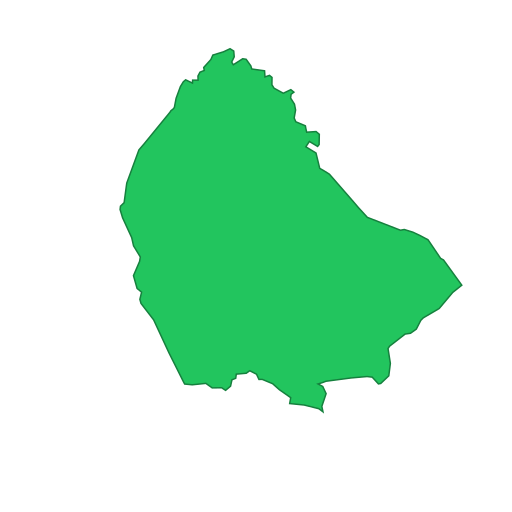 the district of Morovis, Puerto Rico, rotated 138°
{"feature_id": "32010507B35991649080507", "entity_name": "Morovis", "entity_type": "district", "adm_level": 2, "iso_a3": "PRI", "parent_name": "Puerto Rico", "parent_adm1": "", "projection": "mercator", "projection_center": [-66.426, 18.317], "detail": "fine", "context": "isolated", "style": "filled", "palette": "green", "viewbox_px": 512, "rotation_deg": 138, "n_neighbors": 0, "source": "geoboundaries", "source_scale": "gbopen_adm2", "svg_char_len": 1749}
<svg xmlns="http://www.w3.org/2000/svg" viewBox="0 0 512 512"><g transform="rotate(138 256 256)"><path d="M143.5,429.5L153.6,434.2L158.1,432.2L168.7,431.1L170.3,428.5L174.6,430.1L178.7,428.6L181.4,425.4L185.4,429.1L187.5,427.0L190.4,434.0L193.4,434.1L198.8,432.5L209.8,426.7L217.3,421.0L219.3,420.7L222.0,420.9L223.8,420.4L264.2,414.2L272.0,413.2L303.2,396.7L305.0,395.2L318.3,383.9L323.4,383.7L325.9,381.5L329.6,373.6L336.1,352.8L340.2,345.5L342.6,332.7L346.1,329.9L360.2,323.4L366.1,311.4L365.2,305.7L371.3,301.5L373.2,297.7L374.8,277.0L385.5,242.2L390.2,225.1L393.8,212.1L394.7,208.6L389.6,203.0L378.5,194.9L376.8,187.3L369.7,181.1L368.5,176.5L362.0,176.3L356.7,180.1L352.9,178.7L349.7,181.4L341.7,175.4L337.4,174.9L334.7,167.8L336.4,162.3L333.9,160.1L329.1,150.0L328.1,141.0L325.0,127.5L329.7,123.8L319.9,113.0L311.5,100.5L310.5,95.4L307.7,100.2L296.0,106.8L293.7,114.4L295.5,119.4L291.2,117.4L287.8,116.1L267.0,101.8L254.1,92.1L250.7,88.2L250.6,79.0L248.6,77.8L237.5,78.1L231.0,83.7L228.0,86.3L219.8,98.9L217.0,99.6L197.4,98.2L192.9,95.2L185.8,94.4L176.6,97.9L173.0,98.1L155.0,94.4L134.2,97.3L122.6,96.6L119.3,127.6L120.4,130.7L117.3,152.9L120.3,161.2L123.5,168.8L128.1,176.5L131.4,178.5L147.4,210.2L147.5,223.6L147.3,231.3L146.7,267.7L148.7,274.6L150.0,278.5L142.5,292.4L145.9,303.8L139.7,305.4L136.9,296.2L134.5,296.6L127.5,304.1L128.1,308.3L135.5,314.1L133.7,317.3L132.2,319.7L136.6,329.1L135.3,333.0L128.9,338.0L125.8,343.1L124.6,350.2L121.7,352.7L118.2,352.4L118.8,356.3L126.8,358.7L130.3,368.6L129.6,372.6L124.6,378.0L125.1,381.2L129.5,383.1L125.7,387.9L134.0,397.8L132.6,400.8L131.7,408.8L133.9,411.5L144.9,413.3L144.3,416.4L138.9,418.6L135.4,423.2L136.6,427.4L143.5,429.5Z" fill="#22c55e" stroke="#15803d" stroke-width="1.5"/></g></svg>